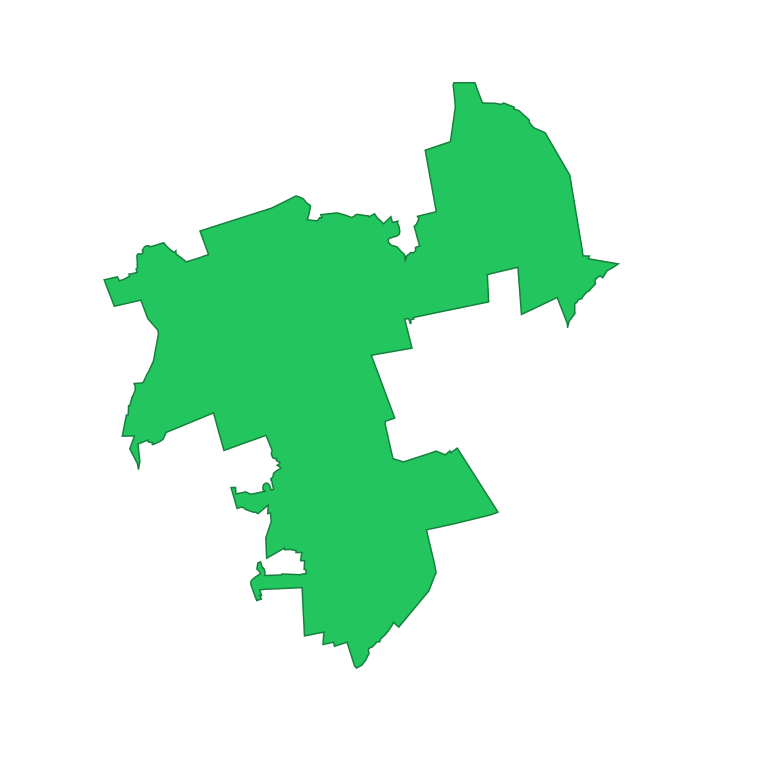 San Francisco de los Romo, Aguascalientes, Mexico, rotated 338°
{"feature_id": "50627088B17251995909944", "entity_name": "San Francisco de los Romo", "entity_type": "district", "adm_level": 2, "iso_a3": "MEX", "parent_name": "Mexico", "parent_adm1": "Aguascalientes", "projection": "albers", "projection_center": [-102.247, 22.022], "detail": "fine", "context": "isolated", "style": "filled", "palette": "green", "viewbox_px": 768, "rotation_deg": 338, "n_neighbors": 0, "source": "geoboundaries", "source_scale": "gbopen_adm2", "svg_char_len": 6075}
<svg xmlns="http://www.w3.org/2000/svg" viewBox="0 0 768 768"><g transform="rotate(338 384 384)"><path d="M215.9,587.8L235.3,591.5L229.8,602.7L240.5,604.5L239.8,608.6L253.0,609.6L251.1,634.3L252.1,637.1L258.4,636.3L261.9,634.1L262.6,633.9L263.7,633.0L264.7,632.1L269.1,628.3L269.2,628.0L269.4,627.8L269.6,625.8L270.3,624.2L271.2,623.5L275.1,623.3L280.4,620.7L280.8,620.5L283.3,621.5L285.5,619.0L291.4,616.9L294.2,615.2L295.0,615.0L296.8,613.7L301.6,610.4L303.5,608.5L306.6,614.9L348.1,592.6L360.0,579.9L360.7,579.7L361.6,578.3L363.6,568.5L368.7,535.1L396.9,539.9L434.9,545.4L441.7,545.5L427.9,470.9L421.0,472.5L420.6,473.0L420.0,471.8L420.1,470.7L414.6,472.6L414.4,472.7L407.1,465.7L399.5,465.4L372.8,463.5L364.3,456.5L370.0,421.8L371.2,419.1L381.2,419.6L383.0,352.6L423.4,361.2L427.5,331.7L430.9,332.4L431.5,332.5L431.0,337.5L432.1,337.5L432.3,334.5L435.9,334.9L435.9,333.3L462.7,338.1L511.8,347.1L520.8,321.3L527.6,322.2L551.9,326.0L537.5,371.0L577.0,368.7L576.6,396.6L575.2,400.6L579.0,395.3L587.5,390.1L587.8,389.4L587.7,389.0L590.8,381.3L593.8,380.3L595.6,378.6L597.5,378.7L599.4,379.0L600.1,378.2L602.2,376.8L605.8,375.0L609.0,374.4L609.8,374.4L610.3,373.7L617.2,370.6L617.8,369.9L617.8,369.3L618.5,366.8L620.7,365.6L625.0,364.5L626.1,366.8L626.7,367.4L633.3,362.5L640.0,361.7L646.2,360.4L620.2,344.3L622.5,342.4L617.1,340.0L616.5,339.8L618.0,334.1L634.5,259.9L627.5,211.5L627.4,211.3L619.1,202.8L618.0,200.3L617.6,199.1L617.0,196.2L617.1,194.4L617.5,193.7L611.8,181.6L610.8,180.4L607.4,177.7L608.4,176.1L600.2,168.3L597.2,168.6L592.1,165.3L589.5,164.2L588.5,163.8L580.6,160.3L580.8,147.0L580.8,146.5L581.2,138.8L572.2,135.1L561.8,130.9L560.3,132.2L555.8,148.0L553.8,154.1L542.4,173.8L536.3,184.2L509.8,182.6L500.2,228.6L497.0,243.8L477.8,241.1L478.2,243.9L474.2,247.8L471.0,249.2L470.4,255.2L469.9,258.7L469.1,266.1L468.9,269.2L464.4,269.2L464.1,269.6L463.4,272.1L460.8,273.3L459.5,273.0L457.9,272.0L455.9,273.0L453.9,273.4L452.6,273.9L451.8,275.7L450.0,277.3L451.3,273.3L451.3,272.4L451.2,270.8L450.7,269.9L449.5,267.6L449.0,266.1L448.9,265.4L448.4,264.6L447.7,262.2L445.8,260.3L442.9,258.3L442.1,256.7L441.5,254.8L441.1,254.5L442.1,251.5L443.8,251.0L446.5,251.2L448.5,251.2L450.5,251.7L453.3,251.2L454.4,250.7L456.0,248.0L457.0,242.7L456.6,240.3L457.9,238.2L452.3,237.4L453.1,231.5L443.6,235.3L442.1,231.7L440.0,227.5L439.0,222.6L432.8,223.4L432.5,222.3L428.8,220.3L424.8,217.9L423.4,217.0L421.2,216.4L419.6,217.2L416.8,217.6L415.8,217.0L411.9,213.4L405.6,208.4L404.0,207.6L388.8,203.3L388.7,206.6L387.6,206.3L386.9,205.8L386.5,205.7L383.4,207.8L381.4,206.8L379.8,205.9L377.0,204.4L374.3,202.8L375.2,201.7L375.9,200.9L376.6,200.1L377.4,199.2L378.5,197.7L379.6,196.2L382.6,191.4L382.3,190.6L382.1,190.1L380.7,188.1L380.4,187.8L380.0,186.8L379.9,186.6L378.7,182.6L377.8,181.2L376.8,180.2L375.7,179.1L372.9,176.7L345.7,178.8L270.7,173.2L269.8,198.3L268.7,198.2L263.8,197.9L262.0,197.9L259.2,197.7L258.6,197.7L257.2,197.6L255.2,197.4L249.8,197.0L247.1,196.8L246.6,196.8L243.9,192.2L239.9,185.5L240.8,182.7L240.4,183.0L239.4,183.0L239.2,183.1L238.6,183.4L238.2,182.8L237.0,180.8L236.2,179.4L235.8,178.7L234.9,176.9L234.0,174.9L233.5,173.3L232.9,171.3L232.9,170.9L232.7,171.0L231.3,170.3L231.3,170.7L231.0,170.7L230.9,170.3L229.9,170.2L225.7,169.9L221.4,169.5L218.1,169.0L218.0,168.3L217.6,167.6L216.5,167.3L214.6,166.8L212.6,167.6L211.0,169.0L209.8,169.8L210.1,171.4L209.9,171.9L209.4,172.2L208.8,172.2L208.4,172.4L208.0,172.9L207.4,172.7L205.5,171.4L204.0,171.4L202.8,172.7L200.9,178.7L199.4,182.1L199.1,184.1L197.5,184.2L197.0,185.6L197.0,187.4L196.9,188.1L190.9,187.2L188.6,186.6L188.5,188.8L182.1,189.5L177.3,189.2L176.9,184.7L169.3,183.5L168.5,183.5L163.6,182.5L163.4,189.6L163.1,210.9L190.0,215.2L189.5,234.3L189.6,235.2L194.3,248.8L194.4,249.9L194.2,251.1L193.3,253.6L179.9,274.7L178.2,277.1L177.4,277.7L174.3,280.6L171.4,283.5L167.7,286.4L161.8,291.9L160.7,292.3L158.9,292.1L152.5,289.9L152.3,290.8L152.8,292.1L151.1,296.4L150.9,296.7L145.6,302.1L145.4,301.9L140.4,308.7L139.0,308.5L135.4,316.6L135.0,316.5L133.5,316.3L126.5,327.1L122.1,333.9L121.8,334.3L133.2,338.7L124.0,348.9L125.6,365.4L124.3,371.4L128.6,364.2L133.4,347.5L137.0,347.6L144.1,347.5L144.0,348.0L143.8,349.3L144.2,349.8L145.5,350.6L147.6,351.8L146.5,353.3L146.8,353.5L148.7,353.7L155.5,353.3L158.4,352.5L164.0,347.3L203.5,347.0L215.1,346.9L214.7,350.7L213.0,364.9L212.7,367.9L210.7,385.7L231.3,386.4L247.1,387.1L255.4,387.4L255.4,403.7L255.0,404.3L253.6,405.9L253.2,407.8L253.2,410.6L254.1,411.6L256.2,412.9L255.5,414.7L257.4,416.9L257.9,418.3L257.3,418.9L255.6,419.0L254.5,419.3L256.3,421.9L257.0,422.7L256.7,423.6L254.0,423.8L251.1,424.4L248.9,425.1L247.5,426.2L247.2,427.3L245.7,428.8L243.9,429.3L243.1,430.6L243.6,432.1L243.4,433.4L242.8,435.3L242.7,437.2L242.5,438.4L242.4,439.4L241.9,440.3L239.6,439.9L239.7,438.5L239.9,437.2L239.8,434.7L238.9,432.6L238.0,431.8L236.6,431.7L234.4,432.4L233.1,434.2L232.4,435.7L232.3,437.0L233.5,439.0L229.7,438.2L224.1,437.3L219.0,436.2L215.4,432.2L208.3,431.0L205.5,430.6L207.6,424.3L203.4,422.7L201.2,444.3L203.3,444.5L205.2,444.6L206.5,445.3L207.7,446.5L208.6,448.4L213.4,452.7L215.2,454.1L216.8,454.8L218.7,457.0L231.3,452.8L228.9,457.9L227.7,460.7L230.4,461.1L227.9,469.3L217.6,481.4L216.7,482.6L211.4,497.3L210.0,501.6L230.2,498.8L229.8,500.5L231.8,501.1L235.8,502.7L240.1,505.6L240.0,505.8L239.2,507.4L243.6,508.9L244.6,509.4L241.3,515.2L240.5,516.6L241.4,517.0L244.2,518.1L240.5,526.0L241.0,526.2L241.2,526.5L241.9,526.7L241.0,530.6L236.3,529.5L235.2,529.6L218.2,521.9L217.3,522.6L214.8,521.7L201.5,516.8L202.0,516.2L203.3,513.5L203.5,510.7L203.0,509.1L202.4,509.1L202.9,502.6L200.0,502.7L196.8,507.9L198.4,511.7L198.4,513.6L192.3,514.8L189.2,515.8L188.5,516.1L187.5,516.6L187.1,516.9L186.6,517.3L186.4,517.7L186.0,518.5L185.6,519.8L185.4,521.1L185.3,522.8L185.1,528.6L184.9,531.9L184.9,537.2L189.8,537.4L189.4,533.6L191.2,534.4L191.4,532.7L191.5,531.2L191.7,528.4L193.7,528.9L196.7,529.7L206.2,533.1L231.2,541.9L231.8,542.1L223.4,566.1L219.0,579.0L218.0,581.7L217.3,583.5L215.9,587.8Z" fill="#22c55e" stroke="#15803d" stroke-width="1.5"/></g></svg>